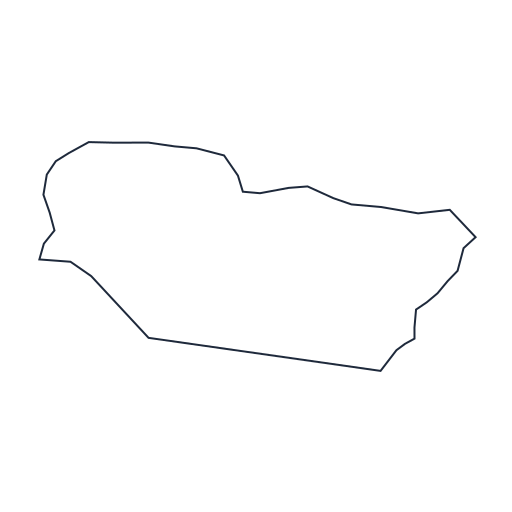 Pano Dikomo, Cyprus, rotated 185°
{"feature_id": "46923920B27145570377181", "entity_name": "Pano Dikomo", "entity_type": "district", "adm_level": 2, "iso_a3": "CYP", "parent_name": "Cyprus", "parent_adm1": "", "projection": "mercator", "projection_center": [33.32, 35.282], "detail": "fine", "context": "isolated", "style": "outline", "palette": "slate", "viewbox_px": 512, "rotation_deg": 185, "n_neighbors": 0, "source": "geoboundaries", "source_scale": "gbopen_adm2", "svg_char_len": 633}
<svg xmlns="http://www.w3.org/2000/svg" viewBox="0 0 512 512"><g transform="rotate(185 256 256)"><path d="M38.9,293.9L67.0,318.9L98.2,312.6L135.7,315.7L165.4,315.7L184.1,320.4L210.7,329.8L229.4,326.7L257.5,318.9L274.7,318.9L281.0,334.5L296.6,353.4L324.7,358.1L346.6,358.1L373.1,359.6L407.5,356.5L432.5,354.9L451.2,342.4L463.7,333.0L471.5,318.9L473.1,298.5L465.3,281.2L459.0,263.9L468.4,249.8L471.5,233.7L440.3,234.1L418.4,221.6L355.9,165.1L121.9,152.4L107.9,174.4L99.9,181.5L90.9,187.5L91.9,198.5L91.9,216.6L81.9,224.7L71.9,234.7L62.9,247.7L53.9,258.8L49.9,281.9L38.9,293.9Z" fill="none" stroke="#1e293b" stroke-width="2"/></g></svg>